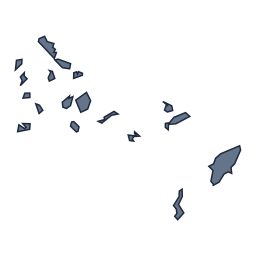 Notioy Aigaioy, Notio Aigaio, Greece
{"feature_id": "26713481B52894455575268", "entity_name": "Notioy Aigaioy", "entity_type": "district", "adm_level": 2, "iso_a3": "GRC", "parent_name": "Greece", "parent_adm1": "Notio Aigaio", "projection": "natural_earth1", "projection_center": [26.069, 36.671], "detail": "medium", "context": "isolated", "style": "filled", "palette": "slate", "viewbox_px": 256, "rotation_deg": 0, "n_neighbors": 0, "source": "geoboundaries", "source_scale": "gbopen_adm2", "svg_char_len": 1799}
<svg xmlns="http://www.w3.org/2000/svg" viewBox="0 0 256 256"><path d="M239.6,145.8L220.8,153.7L215.7,158.1L213.5,163.9L208.8,166.3L213.0,170.5L210.9,181.2L213.8,184.8L212.6,185.7L219.0,182.2L224.1,174.0L228.3,171.8L231.7,173.4L231.0,167.4L234.6,163.9L240.6,150.0L239.6,145.8ZM90.6,100.7L86.5,92.4L75.7,100.2L80.8,112.3L87.7,109.1L90.6,100.7ZM47.2,41.6L44.6,36.3L39.1,38.7L38.4,41.6L54.3,58.5L56.4,52.5L53.7,52.4L55.3,49.4L52.7,47.3L53.9,43.6L47.2,41.6ZM182.1,189.2L179.3,191.1L179.1,196.6L173.5,205.6L176.4,209.3L176.8,213.6L174.7,216.3L177.7,219.7L183.8,212.9L178.5,204.5L182.3,196.5L182.1,189.2ZM189.8,116.4L185.5,112.6L174.0,117.3L169.4,122.8L165.4,123.4L165.3,127.3L168.2,129.8L168.6,124.3L175.9,123.8L189.8,116.4ZM58.0,59.1L54.9,60.0L62.4,67.7L69.6,68.8L70.6,63.7L58.0,59.1ZM69.4,96.1L62.3,102.2L62.9,107.2L66.5,108.5L70.5,105.6L72.9,96.6L68.9,98.3L69.4,96.1ZM30.1,123.8L22.7,123.5L26.1,127.4L24.6,128.6L18.9,124.8L17.6,131.7L29.7,129.3L30.1,123.8ZM22.0,59.4L16.5,60.3L15.4,69.9L21.7,63.9L22.0,59.4ZM114.0,111.4L104.1,117.2L104.6,119.6L98.2,121.3L101.8,123.1L111.4,115.3L118.0,114.0L114.0,111.4ZM171.7,105.8L162.8,101.5L167.8,105.6L166.2,105.3L164.5,110.1L167.4,112.0L172.7,110.5L171.7,105.8ZM73.8,121.6L71.6,122.0L70.5,126.2L76.3,131.9L78.0,131.3L79.0,126.8L73.8,121.6ZM24.1,75.8L24.3,72.7L20.4,76.9L22.3,80.9L20.3,85.6L27.1,78.8L24.1,75.8ZM134.6,131.8L134.6,133.9L136.3,133.5L135.6,136.0L128.2,135.0L129.6,140.5L133.6,141.1L132.3,139.1L133.6,136.6L139.6,136.1L134.6,131.8ZM76.7,71.8L73.8,72.7L73.6,78.4L82.3,75.3L82.5,73.3L78.6,71.7L77.5,74.1L76.7,71.8ZM54.8,78.5L52.4,71.4L49.5,70.6L50.8,72.2L48.2,77.8L49.3,81.1L54.8,78.5ZM35.8,103.8L39.1,113.5L42.8,110.3L39.5,105.2L35.8,103.8ZM29.8,93.1L24.8,93.2L23.0,98.1L29.9,97.5L29.8,93.1Z" fill="#64748b" stroke="#1e293b" stroke-width="1.5"/></svg>